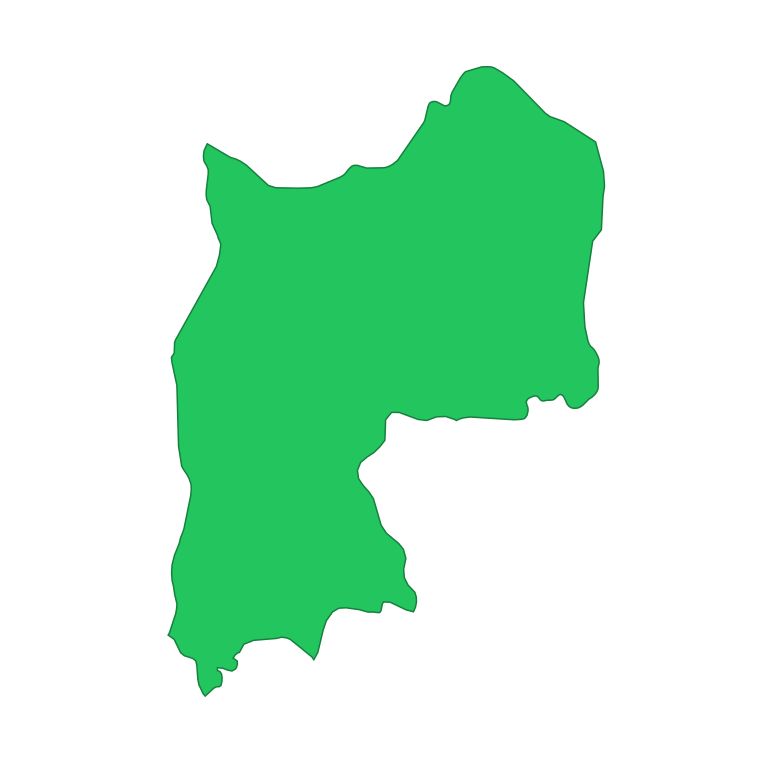 the Province of Stœng Trêng, rotated 184°
{"feature_id": "KHM-1792", "entity_name": "Stœng Trêng", "entity_type": "Province", "adm_level": 1, "iso_a3": "KHM", "parent_name": "Cambodia", "parent_adm1": "", "projection": "natural_earth1", "projection_center": [106.102, 13.853], "detail": "fine", "context": "isolated", "style": "filled", "palette": "green", "viewbox_px": 768, "rotation_deg": 184, "n_neighbors": 0, "source": "natural_earth", "source_scale": "10m", "svg_char_len": 3409}
<svg xmlns="http://www.w3.org/2000/svg" viewBox="0 0 768 768"><g transform="rotate(184 384 384)"><path d="M540.6,60.2L542.9,62.6L547.6,70.9L549.1,76.5L551.1,90.4L552.4,94.6L555.6,96.9L564.2,99.0L568.1,101.7L575.5,114.6L581.8,118.5L581.0,120.0L580.3,122.2L575.7,140.6L575.2,145.8L575.2,150.1L578.2,159.8L579.8,167.2L581.7,173.4L582.7,180.8L582.8,188.8L581.0,198.7L577.1,210.9L576.2,216.4L574.1,223.0L573.4,226.0L569.0,259.4L568.9,264.9L569.4,270.2L571.8,276.0L574.4,280.2L577.5,284.0L580.1,288.0L584.6,307.6L590.5,368.1L596.9,390.3L597.9,395.8L595.4,400.2L595.8,410.6L595.1,413.3L559.4,489.6L557.1,501.5L556.5,511.9L557.8,514.9L559.4,517.6L560.6,521.0L566.7,532.3L569.8,548.9L573.7,555.6L574.6,560.2L574.8,564.9L574.0,581.3L574.3,585.5L575.9,589.0L578.3,592.4L579.0,593.6L579.4,595.1L579.8,596.9L580.0,598.9L579.8,604.1L577.1,611.3L553.0,599.3L548.0,598.2L543.3,596.5L536.7,592.8L513.2,574.0L505.6,572.2L484.2,573.3L470.4,574.6L464.2,576.3L442.5,587.1L439.9,588.8L438.0,590.4L434.0,596.1L431.5,598.9L429.2,600.0L426.2,600.3L416.3,598.2L399.1,599.7L395.9,600.7L392.7,602.3L390.5,603.9L386.1,607.9L362.7,647.4L361.7,650.0L359.3,664.3L358.6,666.3L357.9,667.6L357.0,668.3L355.7,668.9L354.4,669.3L353.0,669.4L351.9,669.3L350.9,669.1L344.8,666.5L344.2,666.1L343.1,665.8L341.6,665.8L339.0,666.9L338.0,668.6L337.5,670.3L337.4,676.3L336.4,679.8L329.4,694.3L326.9,698.3L324.9,700.8L323.8,701.5L308.8,707.1L303.4,707.7L299.3,707.8L296.1,707.0L287.7,702.9L275.7,695.4L241.9,665.3L237.0,662.3L222.5,658.2L189.8,640.2L179.9,611.5L177.8,596.7L178.6,586.3L177.9,552.9L185.8,541.1L190.7,479.1L187.6,455.1L183.6,441.4L182.2,438.3L180.8,436.3L179.8,435.4L178.7,434.7L177.2,433.3L175.5,431.2L172.7,426.7L171.5,424.0L171.0,421.7L170.9,419.9L171.7,414.9L170.1,396.1L170.3,393.2L171.0,391.6L171.8,389.9L173.3,387.8L175.7,385.3L177.9,383.7L178.9,382.8L183.9,377.0L186.2,375.1L187.4,374.4L188.5,373.8L189.7,373.4L192.6,373.0L194.2,373.1L195.7,373.5L197.1,374.1L198.2,374.9L199.1,375.9L200.0,376.9L203.2,382.9L204.0,384.0L204.9,385.0L206.1,385.6L207.5,385.8L208.6,385.3L209.8,384.3L212.7,381.0L214.2,380.0L215.8,379.6L220.5,379.1L223.1,378.3L224.4,378.1L225.8,378.4L226.9,379.1L228.7,381.1L229.6,381.9L230.7,382.5L232.0,382.6L233.4,382.5L236.9,380.9L239.5,379.1L240.5,377.4L240.8,375.7L239.9,372.8L239.2,371.6L238.7,369.7L238.4,367.5L239.1,362.9L240.2,360.9L241.3,359.5L242.5,358.9L245.4,358.2L251.6,357.4L295.8,357.1L303.1,355.6L306.9,354.0L309.3,352.6L310.8,353.5L320.1,355.9L329.4,354.9L338.7,350.6L347.5,351.0L366.9,356.7L374.4,356.2L379.9,348.5L379.2,327.9L383.7,321.2L389.2,315.0L395.9,309.9L401.8,304.2L404.5,296.0L402.7,287.7L397.7,281.3L391.7,275.5L386.6,269.0L377.0,242.9L371.2,235.3L358.3,226.0L353.1,220.4L350.0,211.5L351.5,200.6L350.2,192.2L346.0,185.1L338.7,178.4L336.9,173.7L336.4,168.7L337.0,163.7L338.7,158.8L346.3,160.3L362.8,166.8L369.3,166.5L370.3,164.4L371.2,157.5L372.3,155.7L374.2,155.5L378.3,155.8L384.1,155.4L393.1,157.2L406.3,158.1L413.4,157.2L419.4,153.1L425.0,143.9L427.5,134.4L431.3,111.6L434.8,104.1L437.0,106.8L459.8,122.8L463.4,123.9L468.5,124.3L473.5,122.7L476.0,122.3L496.2,119.2L505.7,114.6L509.5,106.1L511.0,105.8L513.8,103.1L515.4,100.1L511.1,97.4L510.7,94.4L511.3,91.3L512.2,89.4L515.6,87.1L519.7,87.6L524.5,89.1L530.3,89.4L530.3,86.7L527.5,85.6L525.9,83.4L525.1,80.3L524.9,76.1L525.6,71.8L527.4,70.5L529.9,70.3L532.6,68.7L540.6,60.2Z" fill="#22c55e" stroke="#15803d" stroke-width="1.5"/></g></svg>